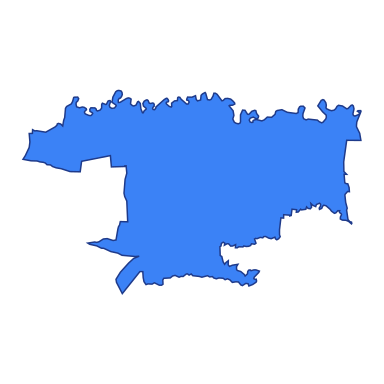 outline of Camarón de Tejeda, Veracruz, Mexico
{"feature_id": "50627088B3640264870704", "entity_name": "Camarón de Tejeda", "entity_type": "district", "adm_level": 2, "iso_a3": "MEX", "parent_name": "Mexico", "parent_adm1": "Veracruz", "projection": "albers", "projection_center": [-96.566, 19.003], "detail": "fine", "context": "isolated", "style": "filled", "palette": "blue", "viewbox_px": 384, "rotation_deg": 0, "n_neighbors": 0, "source": "geoboundaries", "source_scale": "gbopen_adm2", "svg_char_len": 6005}
<svg xmlns="http://www.w3.org/2000/svg" viewBox="0 0 384 384"><path d="M275.8,111.4L275.0,114.4L271.6,117.3L267.3,117.1L264.2,119.9L261.8,120.9L256.3,119.5L254.2,120.0L253.1,120.6L252.8,122.3L251.8,122.5L250.1,122.0L249.2,120.0L250.3,118.1L253.3,117.1L255.7,118.5L257.0,118.7L258.2,117.9L258.6,116.1L256.6,113.5L255.8,110.6L254.6,110.3L251.8,111.3L249.2,114.1L248.3,114.4L247.5,114.2L245.0,110.3L242.6,110.1L240.5,114.8L240.5,121.9L239.9,123.2L238.2,123.8L235.9,123.2L234.3,122.2L232.8,119.0L233.9,115.4L233.1,110.8L229.1,105.8L229.7,105.3L232.6,105.2L234.8,104.0L234.6,102.9L232.7,100.8L230.7,99.1L227.7,98.4L225.1,98.6L223.1,100.5L221.9,100.8L217.1,94.3L215.3,93.2L213.9,93.2L213.0,96.1L211.1,99.4L209.6,100.0L207.5,99.6L205.7,93.3L205.1,92.5L202.5,93.9L201.1,95.3L200.6,100.0L197.5,100.9L196.2,99.4L195.5,95.7L191.9,97.2L187.6,97.1L186.7,99.2L186.8,100.1L188.4,100.5L189.2,102.1L188.0,104.1L186.5,104.0L181.1,99.2L179.8,97.3L178.3,97.1L177.7,97.7L177.4,100.6L174.5,100.9L171.6,103.2L171.7,106.6L171.1,107.1L169.1,106.3L166.5,104.0L166.1,103.0L166.6,102.2L168.3,101.7L168.6,100.9L168.1,99.5L167.0,98.3L166.3,98.3L164.3,99.5L155.9,107.0L155.8,108.1L154.6,109.7L153.2,109.5L152.6,108.7L152.9,107.4L154.1,106.3L154.2,104.4L153.6,103.3L152.6,103.0L150.6,103.5L149.2,103.1L148.1,100.5L147.0,99.8L145.6,100.3L144.1,101.3L142.9,103.6L143.5,106.1L146.1,108.3L146.1,109.2L144.2,110.8L143.2,112.8L142.5,112.8L140.9,108.9L140.3,103.4L138.5,101.4L137.6,101.8L136.0,105.1L133.8,106.0L132.4,105.6L130.5,103.9L131.1,99.1L129.8,98.2L128.2,97.9L126.4,98.5L120.0,102.4L118.4,102.5L118.2,100.0L119.3,98.3L120.4,98.1L121.5,96.6L122.3,94.6L122.0,92.4L121.1,91.0L118.8,90.4L117.2,90.7L115.7,91.8L112.9,97.1L112.0,102.3L115.8,104.9L116.2,105.8L114.5,108.0L111.8,108.4L109.8,107.1L109.3,105.3L110.6,101.5L110.1,100.6L109.1,100.6L108.0,101.1L106.4,104.3L105.8,104.5L102.4,103.2L101.7,104.3L101.6,108.1L100.1,110.1L97.4,111.0L96.4,110.3L96.2,109.1L94.9,107.9L90.9,107.8L89.8,109.3L90.0,111.4L92.4,112.8L92.7,113.6L91.3,115.4L90.2,115.6L88.8,115.4L85.3,113.9L84.5,112.7L84.6,111.5L86.5,109.7L86.2,108.6L84.1,107.3L82.3,107.0L79.5,107.8L76.6,106.8L76.0,104.0L76.3,102.4L77.8,100.9L78.7,98.7L77.7,97.1L74.3,97.2L73.7,97.5L72.6,101.5L71.3,103.9L66.6,106.5L65.5,108.3L64.7,117.5L63.7,120.3L62.7,126.0L60.7,124.0L58.4,123.4L57.3,123.9L56.9,125.3L55.0,127.0L45.7,132.2L36.6,130.7L34.8,130.9L32.6,129.7L32.4,133.4L29.2,133.5L29.9,142.0L29.2,147.4L25.4,155.5L23.0,159.3L31.0,160.8L37.2,161.0L39.9,161.9L43.3,162.3L45.3,163.0L47.0,164.7L50.5,164.9L52.5,166.5L56.1,167.8L61.2,168.7L70.1,171.6L80.2,171.8L81.6,161.3L110.4,155.6L111.4,166.9L124.7,166.5L124.7,165.9L126.1,165.8L126.8,173.2L125.1,179.3L124.0,193.1L124.7,196.5L126.8,201.1L127.7,221.8L120.3,221.6L119.6,224.9L118.5,226.7L117.9,229.0L116.0,240.0L113.1,240.5L107.2,238.6L103.3,239.0L98.9,241.8L96.7,242.4L94.7,242.0L87.8,243.1L89.7,244.3L96.8,245.9L101.4,248.2L103.7,248.3L110.9,251.6L117.8,253.1L122.0,255.3L135.3,256.5L139.2,256.2L133.6,258.5L128.7,263.0L120.4,272.2L116.0,279.3L116.5,282.4L122.3,293.6L139.9,271.6L142.8,271.6L143.2,277.7L144.0,281.7L146.0,284.6L147.9,283.9L152.1,284.1L154.4,282.8L159.3,285.2L161.6,285.2L163.0,284.2L162.8,279.9L163.8,278.3L170.3,277.9L172.6,276.0L175.1,275.4L179.1,277.2L181.0,276.4L183.1,276.5L186.3,274.0L187.5,273.9L189.1,275.1L191.2,274.0L192.8,275.7L199.1,276.4L201.9,277.2L207.5,275.7L209.6,276.9L212.5,276.6L213.6,277.9L216.3,278.8L218.8,278.0L221.3,278.1L223.2,278.3L225.1,279.7L227.4,278.8L229.8,279.8L232.3,282.4L235.9,281.8L238.5,282.0L240.8,284.9L242.4,285.6L245.8,283.4L248.1,283.7L248.9,286.0L252.7,284.5L256.1,282.2L256.6,281.0L256.2,279.2L255.3,279.4L253.8,278.7L254.2,277.2L258.8,272.4L259.4,271.1L256.0,269.9L253.9,269.9L251.0,270.7L250.1,269.9L248.6,270.2L247.7,271.6L247.5,273.8L245.1,276.0L244.2,274.4L240.7,271.5L237.7,270.6L236.6,269.7L236.5,266.7L237.9,264.3L232.4,265.2L229.5,266.4L228.2,264.8L228.3,260.7L226.1,262.4L224.6,264.3L223.1,261.8L221.8,256.5L220.2,255.5L219.9,246.7L221.0,246.0L221.4,243.4L223.2,242.2L224.8,243.2L224.4,245.2L227.1,243.7L228.6,243.8L230.7,246.1L232.7,246.0L235.6,244.6L235.4,247.8L237.3,247.8L238.7,246.8L243.0,246.9L243.8,246.0L246.3,246.5L248.7,246.3L250.6,245.5L251.5,243.8L254.7,244.2L256.0,243.2L254.5,239.0L255.5,238.4L257.0,238.7L260.2,237.4L262.8,237.8L263.7,236.6L265.7,236.5L268.7,238.1L271.2,238.7L274.9,237.2L275.5,238.9L276.8,239.8L278.6,238.8L280.2,236.7L279.5,234.7L279.5,229.7L280.9,217.9L283.6,218.1L283.7,214.7L290.0,215.2L289.9,215.9L291.2,215.5L292.0,209.2L296.6,209.7L296.3,212.2L298.2,212.0L300.7,209.2L301.5,209.9L305.8,209.3L306.6,206.9L308.0,208.4L310.3,208.8L311.6,207.2L310.9,203.5L312.8,205.3L315.7,206.6L316.4,204.5L319.6,203.2L320.6,204.2L320.5,206.1L319.2,208.1L319.5,209.4L321.7,208.4L322.7,206.2L323.8,205.2L326.1,205.8L330.2,209.4L331.5,211.2L334.4,213.3L335.8,212.9L337.8,210.7L339.6,210.7L339.2,211.6L339.8,212.8L341.1,213.6L341.5,214.7L340.4,217.0L340.3,219.0L342.3,220.1L346.0,220.3L348.6,221.4L351.5,223.9L351.8,223.4L351.5,222.1L349.9,221.7L348.0,219.6L346.6,210.1L347.2,208.2L345.7,202.5L344.9,195.1L345.1,194.3L347.6,191.5L349.4,191.7L349.3,190.3L349.1,187.5L347.8,183.8L346.1,183.6L344.8,182.8L344.1,174.3L346.6,174.3L343.9,171.5L343.7,161.9L346.7,140.3L360.9,140.4L359.7,133.3L356.5,126.8L356.5,125.0L356.8,121.9L360.5,112.7L361.0,111.2L360.7,110.6L358.0,110.7L357.4,111.2L358.9,112.2L359.6,113.3L359.0,114.4L354.9,116.1L353.5,115.5L352.9,114.0L354.0,108.9L353.3,105.9L352.3,105.0L351.2,105.3L348.0,108.5L346.7,108.8L342.5,106.0L338.5,105.3L337.0,106.4L335.7,108.7L334.2,110.1L331.6,110.7L329.5,110.1L326.5,108.7L326.0,107.7L326.3,105.1L325.8,102.7L324.1,100.1L322.9,99.6L321.2,100.4L317.8,105.9L322.6,111.8L326.2,115.2L326.3,117.4L325.8,118.9L322.9,122.3L321.6,122.8L319.1,121.6L317.4,120.1L308.2,119.1L306.1,119.9L303.6,118.7L302.8,116.3L303.0,113.6L305.0,108.0L303.3,106.2L300.7,106.2L299.6,106.8L298.3,109.1L298.1,112.6L296.2,113.5L287.3,112.3L281.9,109.7L277.2,110.5L275.8,111.4Z" fill="#3b82f6" stroke="#1e3a8a" stroke-width="1.5"/></svg>